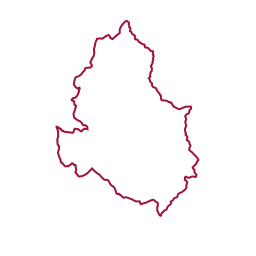 outline of Na Mom, Songkhla, Thailand, rotated 317°
{"feature_id": "78962969B5243255389589", "entity_name": "Na Mom", "entity_type": "district", "adm_level": 2, "iso_a3": "THA", "parent_name": "Thailand", "parent_adm1": "Songkhla", "projection": "orthographic", "projection_center": [100.569, 6.95], "detail": "fine", "context": "isolated", "style": "outline", "palette": "rose", "viewbox_px": 256, "rotation_deg": 317, "n_neighbors": 0, "source": "geoboundaries", "source_scale": "gbopen_adm2", "svg_char_len": 5766}
<svg xmlns="http://www.w3.org/2000/svg" viewBox="0 0 256 256"><g transform="rotate(317 128 128)"><path d="M200.1,48.8L198.4,48.2L197.7,48.2L194.0,48.6L192.0,49.1L189.9,49.9L188.3,51.1L187.1,52.6L186.4,52.9L184.3,52.6L180.5,52.4L177.4,52.5L177.2,52.3L177.0,52.0L176.9,50.9L176.6,49.8L177.3,48.6L177.2,46.8L175.6,46.1L174.4,45.7L172.1,45.5L170.6,45.2L170.2,45.3L169.3,44.1L168.3,43.1L167.0,42.3L166.1,41.6L165.4,42.1L163.6,42.7L162.4,43.3L159.7,45.4L157.5,46.6L156.1,47.9L155.3,49.3L154.7,49.9L152.6,51.6L151.5,52.1L150.3,52.3L149.9,52.5L149.1,52.7L148.2,53.2L147.0,53.5L145.2,54.3L144.9,54.9L144.4,57.4L143.9,57.9L143.3,58.2L142.4,58.2L141.4,58.0L139.6,56.3L138.2,55.4L137.7,55.2L137.2,55.3L135.8,56.1L135.0,56.3L132.6,56.4L130.2,56.9L128.5,56.7L127.5,56.5L126.5,56.2L124.6,55.3L123.7,55.4L120.6,57.2L118.0,59.3L117.6,61.8L117.7,63.6L118.2,64.7L119.4,65.1L120.0,65.4L119.6,66.3L119.3,66.5L118.4,66.5L117.2,67.4L116.9,67.9L116.4,68.3L115.3,68.7L114.1,69.3L113.0,69.7L111.3,69.7L110.6,70.0L109.0,69.3L108.7,69.0L108.3,69.1L108.0,68.7L107.7,68.8L106.7,68.7L106.0,69.0L105.9,69.3L105.9,69.7L106.3,70.6L106.5,71.4L106.8,71.9L105.4,73.4L104.7,74.8L104.7,75.0L105.2,75.7L105.2,76.2L104.7,76.6L102.3,78.1L99.6,79.6L98.2,80.2L97.8,80.5L97.3,81.1L96.2,82.9L95.8,83.7L95.8,85.0L96.5,88.2L97.1,89.3L97.4,90.1L97.6,92.2L97.6,93.0L97.1,94.5L97.2,95.3L97.5,96.1L98.2,96.3L98.6,96.7L99.0,98.1L99.0,99.0L98.9,99.7L97.8,100.7L97.5,101.2L97.1,100.5L96.4,100.0L96.0,99.2L95.1,98.6L94.5,98.5L91.8,98.7L91.5,98.6L91.2,98.0L91.1,97.4L90.8,94.9L88.5,92.2L88.2,92.2L87.8,92.3L86.6,93.1L84.9,93.9L84.6,93.9L84.4,93.8L81.6,90.6L78.7,87.1L78.6,86.8L78.8,86.3L78.7,85.8L78.5,85.4L77.9,85.0L77.7,84.6L77.8,84.1L78.3,82.5L77.7,82.2L77.4,79.8L77.0,78.6L76.5,78.4L75.3,81.3L74.2,83.4L72.6,84.8L71.4,86.4L68.0,88.5L67.6,89.5L66.9,90.0L66.5,90.6L66.1,90.8L65.9,91.3L65.5,91.7L65.4,92.2L65.1,93.2L65.4,93.7L64.9,94.6L64.1,95.5L59.8,98.5L58.3,101.5L56.9,105.4L56.0,106.6L55.5,107.5L55.9,108.1L56.0,108.7L55.8,112.4L56.2,113.5L57.3,114.3L58.2,115.1L61.0,115.7L62.4,115.5L63.3,116.0L63.5,116.4L63.3,117.8L63.3,118.2L63.9,118.6L64.3,119.4L64.2,119.8L62.8,121.1L61.8,123.2L61.1,123.7L59.7,124.3L59.1,124.8L59.2,126.8L58.9,129.7L59.6,130.5L61.2,131.6L62.7,132.3L65.6,133.1L67.7,133.4L72.4,133.2L74.1,133.0L74.1,135.2L74.3,137.7L74.5,139.5L75.3,142.8L75.1,145.4L75.3,149.0L75.7,150.0L77.6,152.2L77.8,152.7L77.7,153.6L76.7,157.2L76.7,158.9L77.3,160.6L77.2,162.5L76.7,164.4L76.1,165.5L75.6,166.7L75.1,167.4L75.0,167.7L75.2,169.0L75.4,169.2L76.1,169.5L76.4,169.9L76.6,170.5L76.5,171.1L76.5,171.6L76.9,172.1L76.8,173.3L77.0,174.3L77.0,175.7L77.3,176.1L78.9,176.9L79.8,178.1L80.5,179.3L82.6,183.8L83.1,185.6L83.7,187.0L84.4,187.7L86.4,189.5L86.4,189.9L85.9,190.7L85.7,191.2L85.5,192.2L85.6,192.7L87.3,193.3L89.3,194.4L90.6,195.0L95.3,196.5L96.7,197.2L97.4,197.6L97.8,198.2L98.1,201.0L98.6,202.7L98.5,203.3L98.3,203.7L97.2,204.5L96.6,205.4L96.4,205.6L95.5,205.7L95.3,205.8L94.6,206.7L93.7,207.5L93.4,207.9L92.7,209.2L92.6,210.2L91.8,212.4L91.7,213.4L91.8,214.0L92.0,214.4L92.3,214.4L92.7,214.3L94.0,213.5L94.7,213.2L96.0,213.3L97.9,213.1L98.6,213.3L99.7,213.7L100.3,213.8L101.2,213.7L102.4,213.0L103.6,212.6L104.3,212.6L107.6,212.7L108.4,212.3L108.9,211.2L109.2,211.0L111.2,211.4L111.9,211.4L113.7,210.9L114.2,210.9L116.5,212.0L116.9,212.0L117.2,212.0L118.1,211.2L118.9,210.8L120.1,210.5L120.7,210.6L123.1,211.4L124.8,211.8L127.8,211.9L129.6,211.7L130.2,211.4L130.7,210.5L131.7,209.6L132.2,209.3L133.3,208.8L134.0,208.4L134.2,208.1L134.3,207.4L134.7,206.8L134.7,206.4L134.2,204.8L135.3,203.9L135.4,203.3L136.6,202.9L136.9,202.9L137.2,203.1L137.8,204.9L138.3,205.3L138.8,206.2L140.8,206.7L141.6,207.1L142.8,208.1L143.2,208.6L143.4,209.3L143.7,209.6L144.3,209.9L144.6,209.9L145.0,209.8L146.2,208.8L146.2,206.7L146.6,205.4L146.9,204.9L147.9,204.3L148.0,204.2L148.0,202.1L148.1,201.4L148.3,201.0L148.8,200.9L151.5,200.8L154.1,200.5L155.2,199.8L155.9,199.6L157.4,199.5L157.8,199.2L158.0,198.9L158.4,195.2L158.2,192.5L158.3,189.9L157.8,186.9L157.9,185.8L158.2,185.3L158.9,184.7L161.3,183.7L161.9,183.2L162.1,181.8L163.0,180.3L163.4,179.2L162.8,177.0L162.9,176.8L164.9,175.4L165.3,175.0L165.5,174.2L165.5,172.1L166.6,171.6L166.9,171.4L167.0,170.3L167.6,169.3L168.4,168.3L169.6,167.2L171.3,166.5L171.8,166.2L172.9,164.6L173.8,162.9L174.4,162.3L175.7,161.8L176.5,161.1L177.2,160.1L177.6,158.8L178.0,158.3L178.7,158.1L179.9,158.0L180.6,158.1L182.0,158.6L182.7,158.6L183.1,158.4L184.2,157.5L184.9,157.2L185.7,157.0L187.1,156.9L187.5,156.7L187.8,156.5L188.1,155.7L188.5,155.2L185.5,152.4L184.5,151.7L182.9,151.0L178.9,149.5L178.1,149.0L177.4,147.4L176.6,145.1L176.0,143.7L176.5,140.7L176.8,139.9L176.7,139.5L176.5,139.0L176.8,138.3L175.4,136.8L175.2,135.2L174.3,133.7L171.8,131.0L171.7,130.7L171.9,130.3L171.8,129.8L172.2,129.0L173.5,127.5L174.1,126.6L174.0,125.7L174.4,124.8L174.3,123.9L174.6,122.8L174.8,120.6L175.1,119.5L175.4,118.8L175.6,118.3L175.5,117.7L174.3,115.0L174.3,114.2L174.6,113.4L176.0,111.6L176.1,111.2L175.8,109.4L176.9,107.3L177.1,106.4L177.2,105.7L179.5,105.6L180.0,104.3L181.5,103.7L182.5,102.6L182.9,102.6L183.9,102.6L184.4,102.4L186.4,100.3L186.6,99.8L186.9,98.3L188.6,97.9L190.9,96.9L191.2,96.6L191.4,96.0L191.8,95.7L192.7,95.5L193.3,95.2L194.0,93.8L195.0,93.4L195.9,92.9L196.1,92.3L196.2,91.2L197.5,90.4L198.5,88.9L198.5,88.6L197.7,87.9L197.2,87.1L197.3,83.4L197.2,82.8L195.6,81.0L195.6,80.4L196.8,78.6L196.8,78.2L196.1,77.2L195.2,74.5L194.7,72.3L195.1,70.4L195.0,69.9L194.7,69.2L193.8,68.2L193.8,67.9L194.0,67.4L195.1,66.2L196.0,65.1L196.0,64.7L195.7,63.8L195.3,62.0L195.4,61.4L196.0,59.9L195.9,59.5L195.5,58.8L195.5,58.6L195.7,58.3L197.9,56.7L197.9,56.4L197.5,55.3L198.3,54.7L198.6,54.2L199.3,52.6L200.3,52.1L200.5,51.9L200.3,49.3L200.1,48.8Z" fill="none" stroke="#9f1239" stroke-width="2"/></g></svg>